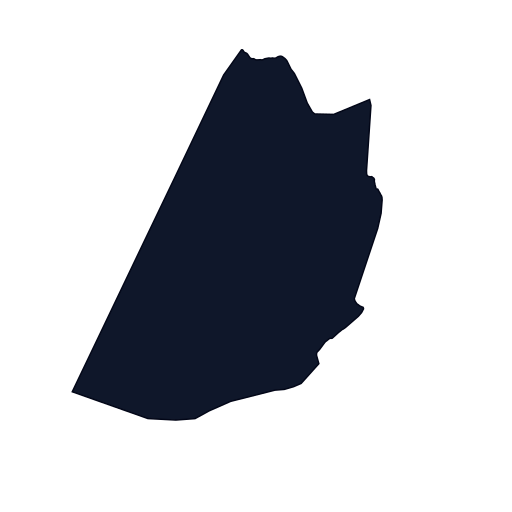 the District of Phalombe, rotated 202°
{"feature_id": "MWI-1924", "entity_name": "Phalombe", "entity_type": "District", "adm_level": 1, "iso_a3": "MWI", "parent_name": "Malawi", "parent_adm1": "", "projection": "robinson", "projection_center": [35.629, -15.702], "detail": "fine", "context": "isolated", "style": "filled", "palette": "ink", "viewbox_px": 512, "rotation_deg": 202, "n_neighbors": 0, "source": "natural_earth", "source_scale": "10m", "svg_char_len": 1808}
<svg xmlns="http://www.w3.org/2000/svg" viewBox="0 0 512 512"><g transform="rotate(202 256 256)"><path d="M375.5,61.3L371.5,124.9L365.3,225.2L360.8,296.3L353.8,411.7L346.7,441.7L346.4,441.9L346.0,442.1L345.5,442.0L344.9,441.7L343.8,440.9L343.0,440.5L341.3,440.5L340.5,440.4L339.5,440.0L336.0,437.6L334.7,437.3L333.5,437.4L332.6,437.9L331.9,438.1L330.1,437.8L329.3,437.9L328.0,438.4L325.6,439.6L324.0,440.0L323.1,440.6L322.5,441.3L321.7,442.2L318.4,444.3L317.6,444.6L316.4,444.9L315.8,445.2L315.2,445.7L313.2,446.2L312.2,446.7L311.4,447.4L310.7,448.5L309.9,449.3L309.0,450.0L308.1,450.5L307.2,450.7L306.2,450.7L303.1,449.9L300.8,448.8L299.6,447.8L293.5,442.3L288.8,439.6L276.4,428.7L265.8,417.0L257.7,410.6L254.7,409.7L237.0,416.4L209.3,443.6L205.8,438.6L185.5,376.5L184.1,373.4L183.1,372.3L182.2,371.9L181.7,371.9L181.1,372.0L180.0,372.1L178.5,372.9L178.2,372.9L177.9,372.8L176.9,372.4L176.2,372.4L175.6,372.0L174.9,371.4L174.3,369.6L173.3,368.1L172.9,367.6L172.4,366.6L171.6,365.7L169.9,363.4L169.4,363.1L168.8,363.3L168.4,363.6L168.0,363.5L167.4,363.0L166.8,362.4L166.1,361.9L165.6,361.4L164.9,361.0L163.4,359.6L162.3,358.9L161.2,357.6L160.0,355.1L156.0,342.4L153.5,327.2L148.9,253.2L148.4,252.6L147.9,252.0L147.4,251.4L146.0,250.4L145.2,249.9L144.7,249.5L142.4,249.0L141.7,248.7L141.2,248.6L138.8,248.5L138.4,248.5L137.7,248.6L137.1,248.2L136.5,247.3L136.9,243.2L138.5,238.5L146.3,223.2L147.8,220.9L148.4,220.3L148.9,219.5L149.8,217.8L150.8,216.1L154.5,208.4L155.0,208.0L156.3,207.5L156.8,207.1L157.3,206.4L157.8,205.5L158.9,203.5L159.4,202.9L159.9,201.5L162.0,193.3L163.5,189.4L163.2,187.9L162.6,186.5L157.4,179.7L166.4,154.8L172.2,148.9L179.8,142.9L188.2,138.7L225.1,111.7L241.5,94.8L251.6,82.4L268.8,73.9L295.3,64.8L375.3,61.3L375.5,61.3Z" fill="#0f172a" stroke="#020617" stroke-width="1.5"/></g></svg>